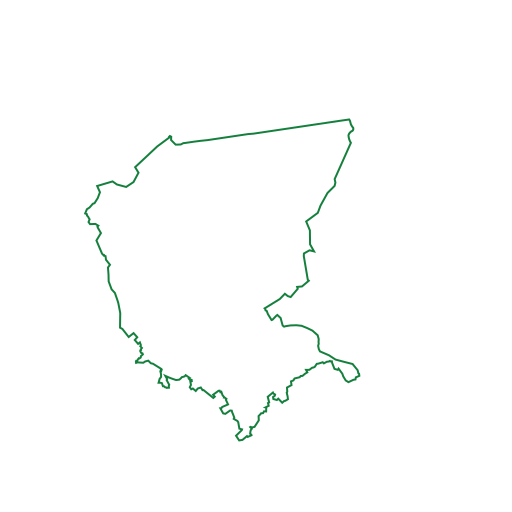 Ar-Raqqa, Ar Raqqah, Syria, rotated 228°
{"feature_id": "27442178B57458390277946", "entity_name": "Ar-Raqqa", "entity_type": "district", "adm_level": 2, "iso_a3": "SYR", "parent_name": "Syria", "parent_adm1": "Ar Raqqah", "projection": "natural_earth1", "projection_center": [39.122, 35.826], "detail": "fine", "context": "isolated", "style": "outline", "palette": "green", "viewbox_px": 512, "rotation_deg": 228, "n_neighbors": 0, "source": "geoboundaries", "source_scale": "gbopen_adm2", "svg_char_len": 4963}
<svg xmlns="http://www.w3.org/2000/svg" viewBox="0 0 512 512"><g transform="rotate(228 256 256)"><path d="M130.0,140.6L132.0,148.1L135.3,150.8L135.5,153.5L135.7,154.5L134.5,156.1L135.2,158.0L133.7,159.5L136.5,162.2L137.1,161.8L136.2,165.2L138.7,166.5L138.4,167.8L143.5,170.5L143.2,177.2L142.2,176.9L140.3,177.5L139.6,176.5L139.8,174.3L138.1,173.2L135.0,175.2L135.1,177.1L129.4,177.3L129.4,180.0L128.8,180.8L128.2,183.9L130.3,185.4L133.9,187.4L134.2,188.4L137.5,191.0L136.3,196.0L139.4,198.1L138.5,200.6L139.2,202.7L136.7,207.3L136.9,208.9L135.8,210.3L135.7,213.5L135.2,216.3L137.9,217.0L135.7,219.5L135.4,223.0L134.7,224.1L134.3,225.5L135.2,229.0L134.3,230.3L132.4,234.5L130.8,234.6L130.0,237.9L128.9,239.4L128.6,240.7L127.9,240.7L127.0,241.9L125.5,241.0L119.6,238.8L116.7,240.6L117.1,242.0L110.8,241.4L108.2,240.3L103.5,239.4L100.4,240.3L98.8,245.6L97.7,247.3L99.0,249.0L97.8,252.6L99.5,253.8L100.3,253.6L103.1,255.1L111.1,255.5L118.3,250.7L125.8,245.8L133.4,243.8L142.3,239.7L144.8,240.4L147.7,242.1L148.8,243.9L150.1,244.8L152.3,247.0L155.8,248.8L162.8,248.0L168.0,245.9L173.6,243.2L177.5,239.7L181.3,235.2L184.0,231.1L184.7,229.6L186.5,229.3L189.9,231.0L193.4,232.8L197.9,232.4L198.0,230.8L197.6,225.6L198.0,224.7L205.0,226.0L207.9,227.2L209.2,226.7L210.4,227.4L211.3,227.4L208.1,244.8L208.6,252.2L204.9,252.8L202.3,254.3L203.7,265.1L205.5,265.9L202.6,269.8L202.3,278.7L203.7,278.6L224.0,291.5L225.8,293.3L224.4,299.6L220.6,302.2L228.5,304.0L239.0,313.2L248.1,316.4L246.7,330.8L250.3,337.7L255.0,351.3L255.5,361.3L257.4,364.1L260.5,365.9L276.6,402.2L276.7,402.3L276.8,402.3L277.1,402.3L277.4,402.4L277.5,402.4L277.7,402.5L277.9,402.5L278.0,402.5L278.3,402.6L278.5,402.7L278.8,402.8L279.1,402.9L279.4,403.0L279.5,403.0L279.8,403.2L280.2,403.3L280.5,403.4L280.8,403.6L281.1,403.7L281.2,403.8L281.5,404.0L281.8,404.1L282.1,404.3L282.3,404.4L282.4,404.5L282.5,404.6L282.9,404.8L283.2,405.0L283.5,405.2L283.6,405.3L283.9,405.6L284.0,405.8L284.1,406.0L284.2,406.3L284.3,406.4L284.3,406.5L284.5,406.8L284.6,407.1L284.6,407.3L284.7,407.5L284.7,407.8L284.7,408.0L284.8,408.1L284.8,408.3L284.8,408.5L284.9,408.8L284.9,409.0L284.9,409.3L284.9,409.6L284.8,409.8L284.8,410.0L284.8,410.3L284.7,410.4L284.7,410.6L284.7,410.8L284.6,411.0L284.5,411.3L284.5,411.5L284.5,411.8L284.6,412.0L284.6,412.3L284.7,412.5L284.8,412.6L284.9,412.8L285.0,412.9L285.0,413.0L285.3,413.3L285.5,413.5L285.8,413.7L285.9,413.8L286.0,413.8L286.3,413.9L286.4,414.0L286.5,414.0L286.8,414.0L287.0,414.0L287.3,414.0L287.5,414.1L287.9,414.1L288.0,414.1L288.3,414.2L288.6,414.2L288.8,414.2L289.0,414.3L289.3,414.4L289.6,414.4L289.9,414.5L290.0,414.6L290.5,414.7L293.6,416.3L295.1,416.6L300.6,408.4L348.6,336.0L351.9,331.7L374.5,297.6L378.8,291.7L382.4,286.5L384.2,283.8L387.4,279.0L388.5,277.5L389.2,274.8L391.2,272.3L392.6,270.8L399.0,270.5L401.4,272.8L402.8,272.3L402.7,271.0L402.1,270.6L403.5,256.0L402.9,225.6L396.5,224.4L392.9,214.4L394.2,205.7L402.2,200.5L407.4,199.3L414.3,184.8L407.8,182.7L404.9,177.1L403.3,171.3L404.0,169.7L403.4,164.8L403.9,161.6L401.9,157.5L400.3,158.3L399.2,157.5L397.3,157.5L396.1,157.1L394.6,156.9L393.3,154.3L390.7,154.0L387.3,158.1L384.0,159.1L383.9,157.8L382.5,157.3L376.8,156.1L374.3,147.8L360.9,143.2L359.5,143.1L358.6,143.7L358.0,143.2L356.6,144.1L353.6,142.0L347.2,141.6L346.5,138.3L340.8,133.9L335.7,129.5L327.9,126.4L322.9,126.4L315.8,123.4L313.2,122.2L307.7,118.9L304.4,116.9L300.1,112.9L293.7,107.0L291.2,107.9L281.0,107.2L280.6,113.4L275.1,113.4L274.7,109.7L269.6,109.6L269.5,111.9L266.8,110.8L266.3,109.6L264.0,109.7L263.7,107.8L263.0,107.6L262.9,106.4L261.0,105.8L259.6,106.5L258.6,106.1L258.6,103.4L257.7,102.4L257.9,100.7L258.4,100.5L258.2,99.2L258.0,98.3L257.6,97.9L257.6,97.1L258.2,96.7L257.8,96.0L256.8,95.4L256.2,96.8L252.1,100.8L251.8,103.0L250.3,105.9L246.6,106.1L245.0,107.3L235.3,110.1L234.7,109.9L235.1,109.2L233.8,108.3L234.2,107.7L231.8,106.4L229.6,104.5L229.2,102.2L227.0,98.8L225.8,100.2L224.4,101.0L221.5,99.7L220.7,100.5L219.3,100.6L218.1,101.5L217.8,101.4L216.4,103.2L217.9,104.3L218.3,105.3L223.6,106.6L224.0,107.6L227.6,108.4L223.8,110.1L220.7,111.7L217.3,113.6L215.4,116.3L215.4,118.5L215.6,119.7L214.3,122.4L214.5,124.0L209.5,125.2L209.7,124.0L208.7,124.0L208.0,123.9L206.9,125.2L205.9,124.5L206.5,123.1L203.7,121.4L202.8,119.0L200.3,118.7L199.8,120.4L196.0,120.9L196.5,124.1L195.2,127.0L192.1,126.5L191.5,127.3L179.1,129.3L179.1,131.3L181.6,131.3L180.9,138.0L180.2,138.9L178.6,138.4L178.3,139.4L175.0,138.0L172.6,137.9L172.3,137.5L171.8,138.0L169.6,138.4L169.3,137.4L164.4,135.9L166.4,129.9L166.1,128.4L166.7,127.6L161.0,126.3L159.2,127.6L158.5,133.4L157.3,134.5L155.6,133.6L154.2,133.2L150.4,131.7L149.9,130.5L147.9,131.1L145.9,131.8L144.4,131.6L138.8,128.1L136.5,129.6L136.1,128.9L135.8,120.9L130.2,120.1L128.4,122.9L128.2,128.8L127.1,128.8L125.8,132.7L126.4,133.0L127.8,132.7L128.3,133.2L129.5,134.7L130.1,135.5L130.4,137.2L132.7,137.2L132.6,137.7L131.3,138.2L130.0,140.6Z" fill="none" stroke="#15803d" stroke-width="2"/></g></svg>